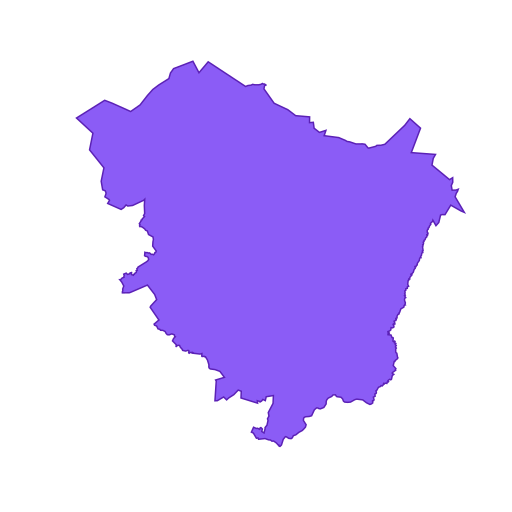 Ahuacuotzingo, Guerrero, Mexico, rotated 189°
{"feature_id": "50627088B95956729809463", "entity_name": "Ahuacuotzingo", "entity_type": "district", "adm_level": 2, "iso_a3": "MEX", "parent_name": "Mexico", "parent_adm1": "Guerrero", "projection": "robinson", "projection_center": [-98.997, 17.77], "detail": "fine", "context": "isolated", "style": "filled", "palette": "violet", "viewbox_px": 512, "rotation_deg": 189, "n_neighbors": 0, "source": "geoboundaries", "source_scale": "gbopen_adm2", "svg_char_len": 6042}
<svg xmlns="http://www.w3.org/2000/svg" viewBox="0 0 512 512"><g transform="rotate(189 256 256)"><path d="M125.5,415.7L129.5,408.4L146.2,386.5L150.0,384.9L153.9,384.2L155.0,383.0L161.5,380.2L162.3,380.3L165.8,383.4L168.2,383.4L174.8,382.3L181.2,383.4L184.1,383.4L185.6,384.1L192.8,385.9L207.5,385.5L206.6,391.0L212.7,388.0L218.6,391.3L220.3,397.0L224.0,396.1L224.8,401.8L238.8,400.8L247.3,405.4L262.0,409.7L274.3,422.3L274.2,425.4L273.5,426.2L272.4,426.2L274.5,427.2L275.7,427.0L276.6,427.4L278.0,426.3L280.2,425.5L284.0,424.9L286.2,425.0L287.5,424.0L290.7,423.1L292.8,421.8L333.6,440.3L341.0,428.1L348.8,438.5L366.7,428.2L369.1,423.4L369.8,417.6L378.8,409.7L384.0,404.3L388.3,397.6L394.1,387.1L402.4,379.1L421.9,384.4L429.8,386.1L454.9,364.2L436.3,351.8L437.0,334.8L420.0,319.3L420.6,305.6L417.8,297.4L415.1,296.8L414.2,295.3L413.9,294.1L414.5,290.8L410.0,288.8L409.4,288.1L410.7,284.7L396.5,280.9L394.2,283.0L392.3,286.1L390.5,285.3L385.8,286.6L375.6,293.5L374.8,294.6L374.2,288.4L372.6,280.5L373.4,278.3L372.3,277.5L374.2,274.8L374.1,274.1L375.1,273.4L375.0,272.6L376.3,269.7L375.5,268.8L375.8,268.3L375.6,267.2L375.2,266.8L374.3,267.2L372.5,266.6L370.2,265.4L369.1,264.2L367.2,263.7L365.5,260.4L360.7,258.7L359.9,256.2L360.0,253.9L359.6,249.6L355.3,245.3L355.5,244.2L356.4,243.6L356.4,242.8L357.3,241.2L358.4,241.5L359.8,241.2L361.6,242.4L362.5,242.1L364.3,242.4L365.1,242.0L366.3,242.3L366.1,238.9L365.2,238.4L363.5,238.4L362.3,237.7L361.5,235.9L362.1,234.4L363.4,233.0L370.8,226.6L370.9,225.8L371.7,224.8L371.0,223.4L372.0,222.8L371.6,222.2L371.8,220.9L372.9,220.1L373.3,218.9L374.0,218.7L374.1,217.8L376.1,218.2L376.5,219.0L376.1,219.8L376.3,220.2L377.7,219.6L378.4,218.5L380.0,217.7L381.5,218.8L383.8,217.4L383.1,216.0L383.3,215.1L383.0,214.4L384.8,213.3L386.1,211.4L386.8,211.3L384.5,209.2L381.9,205.7L382.5,202.5L382.1,200.8L382.4,199.7L382.2,198.7L375.3,199.9L374.2,200.5L358.7,210.3L350.1,202.2L347.3,197.4L352.2,190.0L352.5,188.8L341.9,177.6L346.0,172.8L345.4,171.8L343.2,171.3L341.4,168.7L339.5,168.5L338.7,167.7L336.4,168.0L333.9,167.2L332.7,165.5L331.3,164.4L329.5,164.5L327.0,165.9L324.3,165.4L323.8,163.9L323.1,163.6L324.5,161.7L325.2,159.1L320.9,155.9L320.8,154.2L320.4,154.2L319.9,155.2L318.5,155.7L317.5,155.7L316.5,154.1L314.2,152.2L313.7,151.3L310.6,151.1L308.8,152.0L307.7,152.1L307.3,151.6L307.4,149.9L306.8,149.5L306.0,150.3L303.7,150.9L303.2,150.7L303.5,150.1L295.9,150.4L294.2,151.2L293.9,148.6L293.5,148.3L291.5,148.8L290.6,148.6L291.0,148.0L290.1,148.5L287.7,145.7L285.5,141.2L285.2,138.9L284.6,137.9L283.5,137.3L278.7,137.4L273.6,136.4L268.2,131.2L276.5,127.2L275.7,126.2L273.9,106.6L271.6,107.0L265.9,111.7L262.5,109.3L260.8,111.5L256.2,115.6L252.6,120.8L249.4,120.1L248.6,113.4L231.4,110.9L232.1,113.3L229.3,112.9L229.1,112.5L227.8,113.6L226.8,115.4L224.2,114.6L223.9,118.6L217.0,120.9L216.1,113.1L219.4,103.3L218.2,99.9L219.2,97.0L218.4,95.4L218.7,90.6L220.2,88.0L220.0,86.7L220.4,82.5L222.9,83.6L222.6,86.1L224.3,87.3L224.9,87.1L225.3,85.4L227.5,86.1L228.8,85.7L231.6,86.5L233.0,81.3L230.9,80.7L227.1,76.1L225.6,76.6L224.8,75.4L218.5,77.1L214.9,76.4L212.9,76.5L211.3,75.6L209.6,76.0L206.6,74.5L204.0,72.4L203.8,72.7L203.2,71.7L202.5,71.7L201.3,73.3L200.4,79.2L198.7,82.2L197.8,82.2L195.1,81.0L192.7,81.1L191.7,82.1L191.0,84.4L188.7,85.6L186.0,88.6L183.1,90.8L182.0,92.2L180.4,94.7L180.1,97.2L183.4,100.9L183.6,102.7L183.3,104.0L181.9,105.0L178.4,105.8L176.1,106.9L174.3,113.2L172.5,115.4L171.3,115.6L170.0,115.1L168.5,115.1L165.3,117.0L163.6,120.8L163.9,123.4L163.6,125.1L162.4,127.0L159.3,129.1L158.1,130.9L155.8,131.3L154.7,130.0L154.0,129.7L150.0,129.8L148.1,128.4L146.9,126.3L145.6,125.6L142.6,125.8L139.8,126.5L135.9,129.6L134.1,130.4L128.1,130.6L123.9,128.3L120.3,127.2L118.8,128.0L117.7,129.2L118.3,131.1L118.0,131.5L117.3,131.5L116.9,132.4L118.0,135.0L116.4,136.1L117.0,138.3L115.9,139.0L115.7,139.7L116.4,141.6L115.8,142.0L114.5,145.5L112.6,146.6L112.2,147.6L111.0,147.4L110.2,148.6L110.0,150.0L109.3,149.6L108.6,150.6L106.8,150.6L106.6,152.1L105.6,152.3L105.4,152.7L106.1,153.2L106.2,153.6L104.7,155.1L103.5,154.8L102.9,155.5L102.7,159.2L101.4,160.7L103.0,161.3L103.1,162.1L100.2,165.0L100.6,165.5L100.2,166.6L103.3,169.2L103.0,173.4L102.3,173.6L102.2,174.5L100.3,176.6L99.9,177.6L100.3,177.9L101.7,182.0L102.7,182.5L103.0,183.2L103.5,186.0L103.0,187.0L104.1,188.0L103.5,189.6L104.6,190.2L104.2,191.5L105.5,191.8L105.3,193.4L105.8,193.7L106.8,192.9L107.4,193.3L107.6,196.4L107.9,196.8L108.9,196.7L110.3,199.1L113.3,198.9L113.4,199.5L112.4,200.2L112.2,200.7L112.7,201.1L113.5,200.9L113.9,202.0L112.4,202.8L111.3,204.1L111.4,206.4L109.8,206.4L108.7,207.4L108.8,208.3L109.9,210.0L109.5,210.5L108.3,210.4L108.3,211.4L109.3,212.8L109.3,213.4L107.8,214.1L107.5,215.2L108.1,215.6L108.1,216.3L107.0,216.9L107.3,218.6L106.7,220.5L105.8,220.9L105.6,221.6L105.9,222.0L105.3,222.9L104.7,226.4L102.0,228.6L101.9,230.4L100.9,231.0L101.4,231.4L101.1,232.6L101.3,233.7L101.8,234.1L102.5,236.0L102.5,237.6L101.6,238.3L103.1,240.0L102.4,240.6L103.3,242.0L102.9,242.8L103.6,244.7L102.7,245.5L102.9,247.1L101.5,247.7L101.7,249.2L100.5,250.0L101.7,251.7L101.9,255.6L101.4,255.8L101.5,257.2L100.6,257.2L100.7,259.0L99.1,261.6L99.8,261.7L100.2,262.2L98.9,263.3L98.1,264.6L97.7,267.5L96.8,268.8L97.3,270.4L96.3,270.5L96.1,271.8L95.4,272.3L95.5,274.1L94.0,277.1L94.0,279.0L93.6,280.0L92.8,280.2L93.3,281.0L93.2,281.7L92.7,282.3L92.7,284.5L92.4,285.2L91.8,285.5L92.5,286.9L91.8,287.4L93.0,291.4L92.6,292.1L93.1,293.2L92.6,293.6L92.5,294.8L93.0,295.8L92.3,296.6L92.5,297.7L91.6,298.5L91.2,300.6L90.4,301.4L90.4,302.6L90.0,302.9L90.5,303.8L89.7,304.0L89.9,304.8L89.6,305.5L90.4,305.9L90.9,307.7L90.6,309.0L90.1,309.4L90.3,310.5L89.6,311.1L89.3,312.9L88.3,314.6L88.8,315.6L87.0,317.8L86.9,319.0L83.0,314.1L80.7,317.7L80.1,325.3L78.7,326.0L75.8,326.4L71.6,336.7L60.7,332.6L57.1,331.7L68.6,345.6L68.0,349.3L67.1,351.3L66.7,353.6L68.7,352.4L72.6,351.7L74.1,356.1L73.2,359.6L74.0,364.1L76.8,361.7L96.4,373.3L96.2,380.1L94.6,384.4L118.8,382.4L113.5,408.0L125.5,415.7Z" fill="#8b5cf6" stroke="#5b21b6" stroke-width="1.5"/></g></svg>